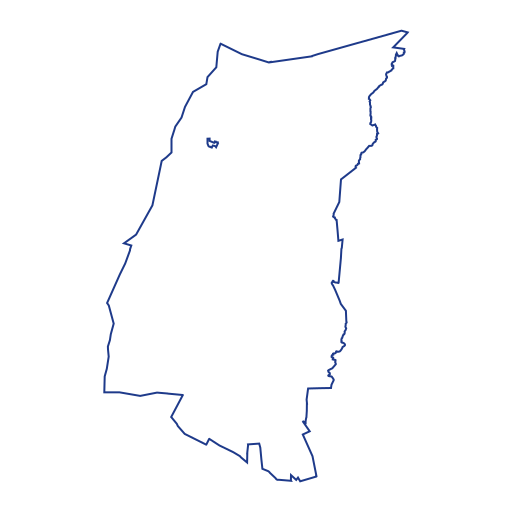 the district of Mazowe, Mashonaland Central, Zimbabwe
{"feature_id": "62879985B76003628227782", "entity_name": "Mazowe", "entity_type": "district", "adm_level": 2, "iso_a3": "ZWE", "parent_name": "Zimbabwe", "parent_adm1": "Mashonaland Central", "projection": "mercator", "projection_center": [31.124, -17.263], "detail": "fine", "context": "isolated", "style": "outline", "palette": "blue", "viewbox_px": 512, "rotation_deg": 0, "n_neighbors": 0, "source": "geoboundaries", "source_scale": "gbopen_adm2", "svg_char_len": 5822}
<svg xmlns="http://www.w3.org/2000/svg" viewBox="0 0 512 512"><path d="M404.2,48.9L393.2,47.4L407.4,32.8L407.7,32.4L401.5,30.7L318.0,54.1L312.1,56.0L312.0,56.3L270.1,62.3L270.2,62.0L268.6,62.4L259.7,59.6L241.9,54.2L220.6,43.7L220.5,43.8L217.7,51.7L216.3,67.3L207.5,77.1L206.3,84.2L193.0,91.9L185.0,106.9L181.5,117.6L175.3,126.6L174.0,131.0L173.9,131.2L171.5,138.8L171.5,152.5L166.3,157.4L161.7,160.9L159.9,169.6L152.4,205.4L136.1,234.6L124.0,243.3L128.6,244.7L131.3,245.5L130.1,249.1L130.0,249.8L130.0,250.4L125.2,263.5L119.9,274.3L107.1,303.0L108.8,305.5L113.7,323.6L110.8,334.2L109.9,340.2L107.9,346.5L108.0,349.4L108.7,356.6L106.8,368.8L104.7,376.4L104.3,392.3L119.3,392.3L140.2,395.9L157.0,392.6L167.6,393.5L167.8,393.6L182.7,395.0L182.8,395.1L171.2,417.0L176.8,423.8L177.8,426.0L184.7,433.9L206.1,444.6L206.3,444.6L209.1,439.0L209.3,438.9L219.5,445.5L233.3,452.2L240.0,456.2L240.2,456.5L240.4,456.7L241.0,457.4L247.1,462.5L247.3,453.3L247.2,453.3L248.1,445.0L248.0,444.4L259.2,443.6L260.3,447.7L261.4,459.6L262.4,468.8L268.3,471.2L269.3,472.0L269.9,472.8L275.6,478.2L276.3,479.2L277.3,479.8L279.1,479.8L291.1,480.8L290.9,480.4L291.0,475.1L296.2,479.9L298.0,477.6L300.2,481.3L316.1,476.6L316.1,475.9L316.4,475.9L312.5,456.2L302.8,434.5L309.7,431.3L302.6,421.1L305.6,422.7L305.6,421.0L306.2,417.8L306.4,417.4L306.8,411.0L306.9,403.6L307.0,403.6L306.6,399.6L308.1,388.5L319.5,388.2L331.0,388.0L331.5,384.7L333.3,381.0L333.6,380.5L333.7,379.6L333.4,379.0L333.1,378.7L332.9,378.2L332.3,377.5L331.8,376.7L331.6,376.5L329.3,376.2L328.6,376.0L328.3,375.7L328.5,375.2L329.5,374.6L329.8,374.3L329.9,374.1L329.9,373.8L329.6,373.2L329.6,372.8L328.9,372.3L328.6,372.1L328.1,370.7L328.5,370.2L330.2,369.3L332.3,368.3L335.8,364.2L335.8,363.8L335.6,363.3L335.6,363.1L335.5,362.9L335.2,362.4L335.2,361.7L335.5,361.1L335.5,360.4L335.4,360.4L335.3,360.1L335.2,360.1L335.0,359.9L334.8,359.9L334.7,359.8L334.3,359.7L333.5,359.7L333.2,359.5L332.7,359.4L332.7,359.0L333.0,358.4L333.2,358.2L333.2,357.7L332.8,357.4L331.9,357.2L331.6,357.0L331.6,356.0L332.1,355.1L333.3,354.7L333.3,354.3L333.2,354.1L333.0,353.9L333.0,353.7L333.6,353.4L334.8,353.4L335.6,353.0L336.1,352.1L336.1,351.5L336.2,351.4L336.8,351.3L337.5,351.8L338.0,351.8L339.5,351.5L339.9,351.3L340.4,350.8L341.4,349.5L342.1,348.3L342.6,347.0L344.3,346.0L344.9,345.3L345.0,345.0L344.9,344.3L344.0,343.3L343.4,342.9L342.9,342.8L342.1,342.7L341.8,342.5L341.5,342.2L341.4,342.0L341.5,341.7L341.4,341.7L341.4,339.4L341.7,338.4L341.8,338.4L342.1,338.1L342.3,337.7L342.4,337.4L342.5,336.8L342.7,336.3L342.7,336.1L343.0,335.5L343.3,335.3L343.4,334.5L343.5,334.4L344.3,334.1L344.6,333.4L344.7,332.6L344.6,331.5L344.9,331.0L345.3,330.5L345.6,330.0L346.2,328.3L345.5,327.1L345.4,326.6L345.7,325.0L345.7,323.7L346.6,322.6L346.6,322.0L346.3,321.3L346.3,320.7L345.9,310.8L340.8,303.9L339.6,300.5L335.1,289.8L333.0,285.4L332.8,285.2L332.2,284.3L331.7,283.2L331.7,282.9L331.8,282.5L332.0,282.4L332.5,281.8L332.6,281.3L333.0,280.8L333.5,280.9L333.9,282.0L334.9,282.3L336.0,282.6L337.1,282.6L338.2,283.0L338.5,282.9L338.6,282.7L339.9,268.9L340.9,258.1L341.4,249.1L341.4,248.9L341.8,247.9L342.6,239.5L338.4,240.8L337.6,231.1L336.6,219.9L335.2,219.5L335.3,219.5L335.3,219.1L335.3,218.7L334.9,218.3L334.8,217.9L334.9,217.6L334.7,217.3L333.9,217.2L333.1,216.6L333.4,215.6L333.7,214.9L333.6,213.7L339.3,202.0L341.0,179.4L355.9,167.8L355.8,167.7L355.6,167.1L355.6,166.6L355.6,166.2L355.9,165.7L356.3,165.5L356.6,165.5L357.4,164.9L357.6,164.6L357.8,164.0L357.9,163.8L358.5,163.8L359.1,163.5L358.9,161.9L358.9,160.8L359.0,160.4L359.2,160.2L360.1,159.3L360.1,158.1L360.5,157.2L360.4,156.2L360.5,155.0L360.6,154.8L361.2,154.5L361.2,153.7L361.3,153.2L361.5,152.8L361.6,152.7L362.9,152.5L363.4,152.3L364.5,151.4L364.9,151.0L366.1,149.3L368.0,147.3L368.2,146.9L368.5,146.7L369.1,145.9L371.2,145.9L372.0,145.6L372.4,145.2L372.4,144.9L372.7,144.0L373.4,143.1L374.4,142.1L375.0,141.9L375.4,141.7L375.8,141.0L375.7,140.4L375.7,139.8L376.9,139.2L377.0,139.0L377.0,138.6L376.5,137.6L376.4,136.8L376.8,136.0L376.9,135.9L376.9,135.6L377.0,135.3L377.0,133.8L377.4,133.5L378.1,133.5L378.2,133.4L377.6,132.5L377.5,132.3L377.4,132.3L377.1,131.1L377.1,129.7L377.0,129.4L377.2,127.9L376.7,127.4L376.4,127.2L376.0,126.4L375.9,125.6L375.4,125.2L375.3,124.9L375.2,124.9L375.1,124.5L372.4,125.5L371.2,124.6L370.3,124.1L370.3,123.2L371.0,122.2L371.2,121.3L371.3,119.9L371.0,119.4L371.0,117.8L371.3,117.8L371.3,116.9L370.8,115.9L370.4,115.7L370.4,114.8L370.6,113.8L370.6,111.5L370.4,111.3L370.4,108.2L370.9,107.1L370.5,106.4L370.5,105.7L370.0,104.7L370.0,102.4L369.6,101.5L369.8,101.2L370.3,100.3L369.8,99.6L368.9,98.9L369.1,98.3L368.9,98.0L369.0,97.0L369.7,95.8L369.8,95.7L370.6,94.8L371.2,94.1L373.1,92.7L373.7,92.0L373.7,91.9L374.4,90.9L377.1,88.8L378.9,86.5L379.0,86.5L379.0,86.3L379.5,85.9L381.2,84.8L381.5,84.8L381.6,84.6L382.3,84.4L382.8,83.7L383.1,82.5L383.4,82.2L384.1,81.8L384.3,81.6L384.8,81.4L385.7,80.6L386.1,78.6L387.0,77.7L387.0,77.2L386.9,77.2L386.1,74.7L386.1,74.1L387.0,72.4L388.1,72.4L389.1,71.7L389.3,71.7L390.7,70.8L391.4,70.5L391.6,69.9L392.3,69.2L393.0,68.2L393.3,68.2L393.3,65.9L393.1,65.9L392.8,65.4L392.1,65.7L392.1,65.2L391.9,64.5L391.7,64.5L391.7,63.8L392.2,63.1L392.2,62.9L392.6,62.2L393.8,61.7L395.0,61.0L395.2,59.9L395.2,58.2L395.5,58.2L395.5,57.5L395.9,55.7L395.9,54.7L396.7,53.1L397.3,54.5L397.6,54.7L397.6,55.4L398.5,56.2L398.9,56.4L399.6,55.9L400.8,55.7L402.2,55.3L403.1,54.6L403.8,53.9L403.8,52.7L404.1,52.7L404.5,52.5L404.6,51.5L404.3,50.4L403.9,49.7L404.2,48.9ZM210.8,147.2L209.0,146.5L208.6,146.2L208.3,145.6L207.5,143.6L207.5,138.7L209.6,138.6L209.6,140.9L214.1,142.8L214.7,141.7L215.2,142.2L215.8,141.7L216.0,142.0L217.8,142.4L217.5,143.5L217.8,143.6L216.1,147.2L215.5,146.4L214.9,146.0L212.8,145.5L211.8,147.5L210.9,147.0L210.8,147.2Z" fill="none" stroke="#1e3a8a" stroke-width="2"/></svg>